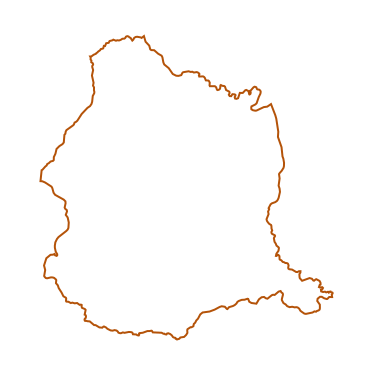 the district of Muecate, Nampula, Mozambique, rotated 7°
{"feature_id": "85939544B7087427782291", "entity_name": "Muecate", "entity_type": "district", "adm_level": 2, "iso_a3": "MOZ", "parent_name": "Mozambique", "parent_adm1": "Nampula", "projection": "robinson", "projection_center": [39.557, -14.66], "detail": "fine", "context": "isolated", "style": "outline", "palette": "amber", "viewbox_px": 384, "rotation_deg": 7, "n_neighbors": 0, "source": "geoboundaries", "source_scale": "gbopen_adm2", "svg_char_len": 5886}
<svg xmlns="http://www.w3.org/2000/svg" viewBox="0 0 384 384"><g transform="rotate(7 192 192)"><path d="M98.1,51.1L95.3,50.4L94.6,51.1L91.8,52.2L91.1,54.1L88.7,54.8L87.9,57.7L86.7,57.7L86.4,60.1L86.1,60.5L84.0,61.3L83.5,62.5L81.6,64.2L81.1,65.1L80.2,65.7L79.8,66.5L77.6,67.8L75.6,69.7L74.4,69.9L75.0,70.8L75.2,72.9L76.1,73.7L76.2,75.5L77.7,76.2L78.3,77.2L78.3,77.8L77.7,78.8L77.7,80.0L79.0,83.0L78.5,88.6L81.0,95.6L80.8,98.5L82.0,100.1L82.3,103.0L82.9,104.6L82.9,105.9L81.8,108.8L81.9,114.6L81.5,116.9L80.3,119.2L78.0,121.2L73.0,128.0L69.5,135.2L68.5,136.4L67.0,137.4L66.5,139.5L65.9,140.3L59.9,145.8L59.3,147.3L59.2,149.6L58.4,150.8L58.7,158.5L57.6,160.3L54.8,162.6L52.3,165.8L51.8,170.6L50.6,174.2L50.9,177.1L50.3,178.0L47.9,179.0L46.3,180.9L44.9,181.9L44.5,183.4L43.3,184.6L40.9,188.1L40.1,188.7L40.3,199.7L42.1,199.6L44.9,200.4L51.9,203.8L52.9,205.2L54.7,209.6L56.5,211.5L65.6,215.2L67.5,216.7L67.9,218.6L67.5,223.0L68.2,224.1L69.9,225.2L70.3,226.5L69.5,230.1L71.7,232.4L73.4,237.3L73.7,242.7L73.2,244.4L72.0,246.0L65.0,253.0L63.7,255.1L62.5,258.6L62.4,262.0L62.7,264.1L64.0,267.8L65.8,270.2L65.9,271.4L65.4,271.9L63.8,271.5L63.0,270.3L61.8,271.1L59.2,271.6L55.5,275.5L54.1,283.0L55.8,287.3L55.5,293.4L56.1,294.2L57.4,295.2L58.7,295.3L62.5,293.9L64.3,293.8L65.7,294.1L67.6,295.4L68.0,296.0L68.1,299.1L70.2,301.0L71.4,303.6L74.8,307.7L77.1,311.2L79.7,312.3L80.1,313.0L80.2,315.5L80.7,316.1L82.8,316.0L85.2,317.0L86.8,316.4L89.1,316.8L91.5,316.2L94.2,317.7L95.5,317.3L96.3,317.6L96.4,319.3L97.0,320.4L99.9,321.2L100.8,322.0L100.4,326.8L101.3,327.1L101.9,328.1L101.9,329.8L101.0,331.0L100.9,332.0L101.3,332.8L101.7,333.0L102.4,332.7L104.0,333.0L106.3,332.9L111.0,336.0L112.6,335.9L116.6,337.7L119.5,337.6L120.4,336.5L121.0,336.2L123.1,336.9L124.7,338.1L128.1,339.3L130.1,339.3L132.0,338.5L134.0,338.7L135.4,339.6L136.1,340.6L137.6,340.9L138.7,340.8L140.5,339.8L142.2,340.0L146.4,338.6L148.6,338.5L149.6,338.7L150.2,339.2L150.7,340.4L154.1,340.2L155.1,340.8L156.6,340.9L157.0,340.1L156.7,338.9L157.0,338.5L160.3,337.7L164.6,335.5L166.9,335.2L168.6,334.6L169.1,334.7L170.2,336.1L179.0,335.4L181.0,336.2L181.7,336.0L182.7,336.5L184.0,336.5L184.4,335.6L185.6,335.1L187.6,335.6L189.4,336.7L190.7,338.2L191.4,338.6L193.3,338.8L193.7,339.7L194.6,339.7L195.1,340.2L197.3,339.2L198.2,337.8L201.8,336.8L203.6,334.6L204.6,332.4L204.1,329.6L204.3,328.7L207.0,326.4L208.0,326.3L209.7,325.1L209.9,322.7L211.1,321.3L211.9,319.0L213.4,317.0L215.1,312.5L217.2,310.3L224.0,308.5L228.8,306.0L233.5,302.7L235.4,301.8L238.6,301.9L240.8,303.8L241.4,303.9L242.8,301.8L246.5,300.2L248.2,299.0L249.7,297.3L250.5,295.5L251.8,294.4L254.5,293.0L257.3,292.5L260.1,291.2L260.8,291.3L262.2,293.9L264.5,294.9L269.5,295.0L271.5,290.4L273.9,288.0L276.3,287.4L278.3,288.5L279.9,288.7L283.8,284.7L285.0,284.1L286.6,284.1L290.1,280.3L292.0,279.5L293.0,280.8L294.2,281.4L294.6,282.0L294.8,282.9L294.2,287.5L294.4,288.4L296.3,291.1L298.7,292.2L300.4,293.7L302.9,294.4L305.4,293.7L308.1,294.0L309.4,293.6L310.9,293.7L312.6,294.7L314.0,296.6L314.9,297.2L318.3,299.0L319.9,299.1L326.4,296.9L328.0,295.6L329.7,295.7L330.4,294.9L332.1,294.1L333.0,293.1L333.1,291.7L332.6,288.2L329.6,284.9L329.7,282.6L331.8,280.4L333.6,280.2L336.2,281.4L338.8,281.8L339.4,281.6L341.0,279.5L343.9,279.2L343.2,276.8L343.9,275.7L343.9,275.1L343.6,274.7L342.1,274.5L341.7,273.9L340.4,274.3L340.0,275.2L339.0,274.5L337.4,275.3L336.1,274.7L334.3,275.3L332.3,274.9L331.9,273.3L333.1,272.8L333.7,271.3L332.9,270.6L330.6,271.2L329.6,270.9L330.1,268.6L330.8,268.3L330.9,267.8L330.5,266.2L329.4,264.7L326.0,263.4L325.4,263.7L323.9,265.2L323.1,265.0L321.6,263.5L319.2,263.1L312.1,266.7L309.5,264.4L309.1,263.3L308.6,260.5L309.4,258.8L309.3,257.4L307.8,257.6L306.4,258.6L305.1,258.7L300.8,256.8L297.9,256.8L297.0,256.3L296.7,255.3L296.8,253.0L295.9,251.4L294.9,251.0L293.3,251.1L292.0,250.5L290.5,250.3L289.0,248.9L287.4,248.4L287.1,248.0L286.6,245.0L285.4,243.9L284.8,244.0L283.6,245.2L283.1,245.2L283.3,243.0L285.0,239.8L285.1,237.0L284.6,236.3L282.4,234.9L281.4,233.0L280.0,231.4L278.9,227.9L279.1,226.9L279.6,226.3L279.8,225.5L279.5,224.9L276.4,223.7L275.8,222.8L275.7,221.9L276.3,220.4L275.4,218.6L274.9,215.9L274.5,215.1L272.5,214.2L271.0,212.8L269.9,211.5L269.3,209.9L270.7,204.6L269.9,202.2L270.7,199.5L270.0,198.7L271.5,194.7L272.7,193.5L275.9,191.9L277.4,190.5L278.1,189.2L278.7,187.2L279.3,181.2L278.5,177.9L277.2,175.2L277.3,167.9L276.2,163.6L276.7,162.5L278.4,160.1L279.9,156.9L280.1,155.1L279.8,151.8L278.6,147.8L277.5,145.7L275.4,136.6L270.6,126.9L270.3,121.7L266.7,108.9L265.3,105.6L259.7,95.1L256.3,98.1L252.9,99.0L246.1,103.3L244.9,103.6L242.5,103.4L240.9,102.7L240.5,101.1L240.6,99.8L244.2,97.4L245.3,96.1L246.7,89.6L247.9,86.1L248.0,84.2L247.4,83.0L246.1,82.2L244.4,82.2L243.8,81.7L243.1,80.3L242.5,80.0L241.2,79.9L240.3,80.6L238.0,84.0L237.2,84.5L238.1,85.8L238.1,87.3L237.7,87.9L237.1,88.2L236.8,87.9L236.0,85.5L235.3,84.8L233.4,84.1L232.5,84.5L230.3,87.5L227.4,87.8L226.3,93.3L224.8,94.1L223.4,94.0L222.8,92.6L223.4,90.9L223.2,90.2L222.4,89.9L220.2,90.0L219.2,92.1L217.7,92.2L216.7,91.0L217.2,89.4L217.1,88.4L216.6,87.8L213.4,86.6L211.9,83.4L211.0,82.9L209.1,82.9L207.6,82.3L207.2,82.7L207.3,85.4L207.0,86.5L206.1,87.3L205.0,87.7L204.3,87.4L203.2,85.1L201.8,84.2L196.9,84.8L196.4,84.0L196.3,81.3L195.3,79.8L194.7,79.4L192.1,79.5L190.8,77.1L189.9,76.3L188.9,75.9L185.1,76.5L184.6,75.3L185.0,74.3L184.8,73.6L183.3,72.7L182.1,72.4L179.3,73.2L177.7,72.6L176.1,73.0L173.9,72.6L168.6,74.2L167.9,75.0L167.1,77.3L164.4,78.4L162.1,78.5L158.5,77.2L153.8,71.9L148.9,68.8L147.8,66.9L146.2,61.9L145.2,60.4L141.6,58.9L137.2,55.9L134.3,56.1L133.2,55.5L131.7,51.9L127.6,48.5L125.3,43.1L123.2,45.2L122.2,44.8L118.6,44.6L117.2,45.0L115.9,46.0L115.1,48.1L114.3,49.0L112.2,46.5L111.1,46.2L110.1,45.4L108.7,45.2L107.5,45.9L107.0,47.2L106.2,48.0L104.2,48.4L102.7,49.7L101.1,50.5L99.3,50.5L98.1,51.1Z" fill="none" stroke="#b45309" stroke-width="2"/></g></svg>